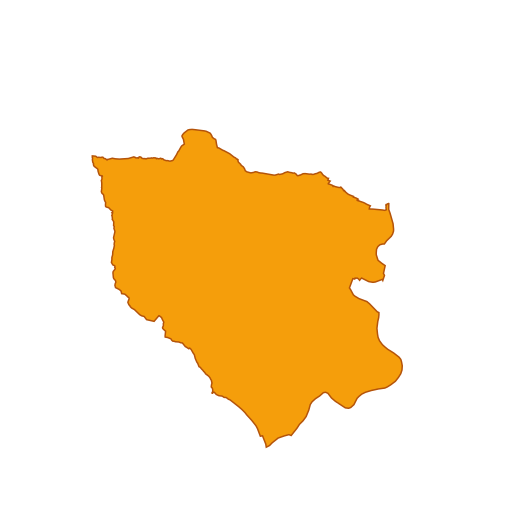 Rapoltu Mare, Hunedoara, Romania, rotated 314°
{"feature_id": "2599482B38890136651952", "entity_name": "Rapoltu Mare", "entity_type": "district", "adm_level": 2, "iso_a3": "ROU", "parent_name": "Romania", "parent_adm1": "Hunedoara", "projection": "mercator", "projection_center": [23.103, 45.901], "detail": "fine", "context": "isolated", "style": "filled", "palette": "amber", "viewbox_px": 512, "rotation_deg": 314, "n_neighbors": 0, "source": "geoboundaries", "source_scale": "gbopen_adm2", "svg_char_len": 6075}
<svg xmlns="http://www.w3.org/2000/svg" viewBox="0 0 512 512"><g transform="rotate(314 256 256)"><path d="M386.4,314.7L385.5,315.0L384.9,314.4L384.2,314.3L383.6,313.9L383.4,314.0L383.7,314.3L383.2,314.3L383.4,314.1L383.2,313.9L382.7,314.3L382.8,314.5L381.1,315.9L379.8,317.6L378.4,317.0L378.0,316.6L377.1,315.2L371.1,307.7L368.5,304.8L370.1,303.7L371.5,303.4L370.2,299.9L369.8,298.5L369.7,297.9L369.1,296.1L366.5,290.6L367.2,290.7L366.9,289.8L367.8,289.7L367.3,287.9L366.0,285.1L366.6,284.8L364.9,280.7L364.4,278.9L364.2,275.3L364.4,275.2L364.3,274.7L364.5,274.0L363.9,273.7L364.4,272.1L364.5,269.3L364.2,269.4L363.7,269.0L362.5,267.5L360.9,264.7L360.3,263.1L360.0,262.8L359.7,262.9L359.9,262.0L359.8,261.6L358.7,259.0L358.1,258.0L358.1,257.8L358.8,257.6L361.4,257.3L360.4,255.0L362.2,254.2L361.5,253.3L361.2,249.9L360.9,249.0L360.9,247.3L361.3,245.5L361.3,244.1L360.2,243.3L357.8,242.5L356.2,241.4L354.9,240.9L354.2,240.1L353.6,239.7L353.3,238.8L352.0,237.6L349.5,234.2L347.9,232.7L344.6,231.5L344.6,231.3L342.8,230.4L342.5,229.7L342.8,228.2L342.4,225.9L341.3,225.1L340.8,223.9L339.5,222.1L338.6,220.3L336.0,218.8L333.7,218.1L331.7,216.8L331.0,216.3L330.6,215.3L327.5,213.6L326.6,212.7L319.7,202.5L319.3,202.2L317.8,200.0L317.4,198.8L316.4,197.3L315.8,196.8L314.6,196.3L312.2,194.6L310.2,191.0L309.9,189.0L310.8,187.2L311.3,185.0L311.0,182.8L311.0,182.1L311.3,181.4L311.3,178.4L311.4,177.9L312.1,176.6L312.7,176.4L312.6,175.9L312.8,175.4L312.2,174.6L312.4,173.3L311.8,171.3L311.3,166.0L309.4,159.4L309.1,159.1L307.9,154.2L307.1,153.0L308.9,150.1L311.3,146.9L311.8,145.9L311.3,144.6L311.1,142.7L311.1,142.1L311.9,140.3L312.4,138.4L312.5,137.6L311.1,133.5L310.1,131.9L304.5,124.4L302.7,122.1L300.9,120.5L299.4,119.5L294.6,118.8L292.5,118.9L291.0,119.3L290.5,119.9L289.5,122.8L286.7,126.7L283.7,126.1L282.2,126.3L277.8,127.5L276.9,127.4L273.5,128.5L267.5,129.8L266.6,129.6L264.7,128.4L264.1,127.8L263.3,126.2L262.8,125.8L262.2,125.1L261.2,123.0L261.2,121.5L261.1,121.2L260.2,120.6L260.2,119.6L258.3,118.5L257.5,117.0L256.9,116.9L256.8,116.6L257.0,116.3L256.7,115.5L255.5,114.1L254.2,113.3L253.9,112.6L253.0,112.1L251.1,110.2L249.4,109.4L248.9,108.3L248.3,108.0L247.1,106.2L247.2,104.8L247.1,104.3L246.4,103.3L245.9,103.1L244.8,103.4L244.5,103.3L244.3,102.5L243.2,101.6L242.9,100.7L243.0,100.3L242.6,99.9L242.5,99.3L237.4,96.4L230.8,90.4L228.2,87.3L226.5,84.7L222.9,82.6L222.0,81.8L221.6,82.0L221.3,79.9L220.6,78.9L220.7,77.3L220.1,76.5L219.3,76.2L217.6,74.1L216.8,73.6L216.6,73.1L216.5,71.8L216.3,71.2L214.3,68.7L213.2,69.7L213.0,70.4L211.6,71.4L210.1,73.4L209.5,75.1L209.0,75.4L208.3,76.4L208.1,77.5L208.6,81.4L208.5,82.0L207.2,83.6L206.1,85.6L205.6,86.7L205.5,87.5L205.8,88.2L206.4,89.1L206.2,89.7L206.7,89.9L206.6,90.1L205.9,90.1L204.5,91.6L203.6,92.1L203.0,92.2L201.5,94.2L198.5,97.1L198.0,97.3L197.9,97.7L197.4,98.2L194.8,100.1L194.1,101.7L194.2,103.5L193.7,104.5L191.1,107.9L190.6,108.9L190.1,110.6L188.1,112.3L187.1,113.5L187.6,115.1L188.4,116.3L188.3,119.5L188.3,120.0L188.8,121.6L187.5,122.8L187.2,122.5L187.1,123.1L186.3,123.2L185.8,124.0L184.9,124.2L184.7,124.8L183.3,126.6L182.5,127.1L182.2,128.6L181.7,130.0L178.9,132.5L178.8,133.5L178.6,133.7L177.2,134.6L176.0,136.9L175.5,137.6L170.1,140.9L169.3,142.1L168.4,144.2L167.2,144.8L165.8,145.9L165.2,146.8L162.9,148.3L159.6,150.0L157.2,152.1L154.9,153.3L153.2,154.9L150.9,156.5L150.2,159.0L150.2,159.5L150.8,160.9L150.7,161.4L150.4,161.9L149.6,162.3L149.5,163.1L149.3,163.4L148.2,163.8L145.7,164.0L144.5,164.8L141.4,168.4L141.1,169.0L140.9,169.5L140.7,171.9L140.3,172.7L139.7,173.4L138.2,174.0L136.9,174.9L135.7,176.9L136.8,180.5L137.0,181.6L137.0,183.4L135.6,185.5L137.4,188.1L137.6,190.8L137.4,192.0L137.8,193.2L137.2,194.4L134.4,195.6L133.6,196.1L132.6,198.5L132.6,199.7L132.2,200.8L132.2,202.7L133.0,205.8L133.0,213.1L133.5,215.2L134.8,217.6L134.2,221.5L138.2,228.1L145.6,227.6L145.8,227.9L146.1,230.8L145.3,232.7L144.4,235.5L143.9,235.9L142.8,236.4L142.0,237.4L140.8,238.1L139.9,238.3L139.4,238.7L139.1,239.3L139.0,240.4L139.1,243.2L135.3,246.2L134.6,247.0L136.0,249.1L137.2,252.1L137.2,253.0L136.9,253.6L136.9,255.2L138.0,256.7L138.2,257.4L140.5,260.2L141.5,262.5L142.1,263.1L142.3,263.6L141.7,268.2L141.9,268.4L142.6,272.1L143.7,272.3L143.7,274.3L142.4,278.7L142.2,280.1L140.1,283.5L138.6,287.1L138.4,288.0L138.5,288.2L136.8,291.9L137.2,293.3L136.9,295.2L136.9,296.9L136.6,298.7L136.7,299.1L136.5,300.7L136.2,301.5L136.4,302.9L136.6,303.3L136.4,303.8L136.7,305.0L136.6,306.3L136.5,307.3L135.8,309.2L135.6,310.2L134.0,312.6L132.4,313.5L130.7,314.8L130.6,316.3L130.1,317.3L128.9,318.6L127.9,319.2L127.0,319.4L126.8,319.8L127.1,320.1L128.1,320.0L128.8,320.3L129.0,320.8L128.8,323.6L129.7,326.3L131.6,328.8L131.9,329.8L132.1,331.2L133.5,332.9L133.8,335.6L134.5,337.4L135.6,348.4L135.8,352.7L135.7,356.9L135.3,359.5L134.8,367.2L133.9,373.8L132.9,376.9L129.4,384.3L131.2,385.6L127.5,393.7L125.6,396.2L129.1,397.4L132.9,397.4L140.5,398.4L146.2,401.3L150.4,403.8L151.3,406.0L160.6,405.1L165.1,404.2L170.1,404.3L175.3,403.6L181.8,401.0L186.9,398.2L190.1,397.6L194.7,397.9L199.5,399.0L204.5,399.4L206.3,400.7L207.2,403.1L206.3,408.9L206.6,413.9L208.8,425.7L210.8,428.4L212.8,429.4L217.1,429.7L223.8,427.6L226.6,427.6L230.1,428.0L234.0,429.4L239.4,432.4L245.4,436.4L250.5,440.4L253.0,441.4L257.0,442.4L262.7,443.3L267.6,442.8L271.9,441.9L275.4,440.2L278.6,437.5L280.9,434.3L282.2,432.0L282.6,429.2L281.9,422.6L280.4,415.6L280.1,411.7L280.0,408.5L280.8,403.8L282.3,400.3L284.2,397.7L288.0,393.2L293.6,389.0L296.8,387.1L299.3,385.1L300.7,383.7L300.1,382.0L300.5,370.7L300.3,368.3L300.3,367.6L296.9,359.7L295.8,355.0L295.7,353.0L297.6,347.1L297.9,345.4L307.0,341.4L308.0,343.0L308.8,342.6L310.5,344.3L310.7,345.6L310.5,347.4L311.8,347.2L313.5,347.3L315.9,354.9L318.3,358.4L320.2,359.9L326.9,363.1L326.5,364.2L331.3,361.9L332.0,359.8L338.8,355.6L338.1,351.4L337.7,346.7L340.4,341.7L341.8,340.3L344.6,338.0L347.4,337.1L350.1,337.3L352.5,338.7L353.8,340.0L357.7,339.4L364.1,339.6L366.7,339.0L369.5,337.6L370.9,336.3L374.4,332.2L379.8,322.9L381.7,319.1L386.4,314.7Z" fill="#f59e0b" stroke="#b45309" stroke-width="1.5"/></g></svg>